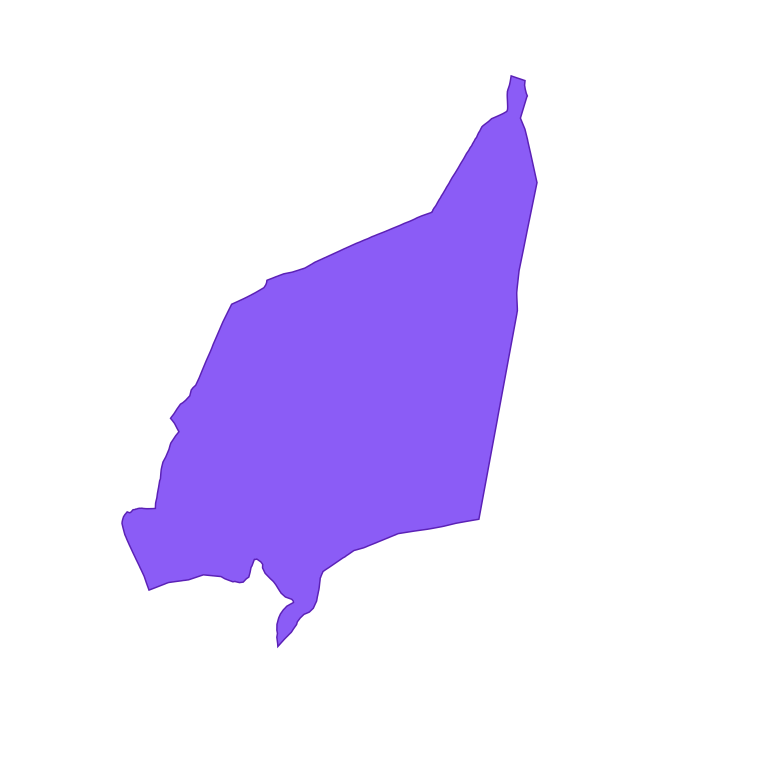 outline of Hulu Sungai Utara, Kalimantan Selatan, Indonesia, rotated 136°
{"feature_id": "22746128B21492383155838", "entity_name": "Hulu Sungai Utara", "entity_type": "district", "adm_level": 2, "iso_a3": "IDN", "parent_name": "Indonesia", "parent_adm1": "Kalimantan Selatan", "projection": "robinson", "projection_center": [115.192, -2.43], "detail": "fine", "context": "isolated", "style": "filled", "palette": "violet", "viewbox_px": 768, "rotation_deg": 136, "n_neighbors": 0, "source": "geoboundaries", "source_scale": "gbopen_adm2", "svg_char_len": 5400}
<svg xmlns="http://www.w3.org/2000/svg" viewBox="0 0 768 768"><g transform="rotate(136 384 384)"><path d="M642.7,268.9L633.2,269.6L626.0,269.8L625.5,269.8L623.3,269.8L622.2,270.0L619.3,270.7L614.0,271.7L611.6,273.1L611.0,273.2L606.7,273.9L606.1,273.9L605.5,273.9L604.8,273.9L601.8,273.9L601.6,273.9L601.0,273.7L600.5,273.5L599.9,273.2L599.5,273.1L598.0,272.5L596.1,271.8L592.9,271.8L590.6,271.8L589.1,272.4L586.1,273.6L583.4,274.6L582.1,275.5L579.8,277.2L578.1,278.3L577.1,279.0L574.8,280.6L574.7,280.7L574.1,281.0L572.4,282.3L570.8,283.6L569.6,284.6L568.4,285.6L566.9,286.8L566.4,287.2L565.6,287.9L564.7,288.7L564.0,288.9L562.6,289.6L560.3,290.6L558.5,291.3L558.4,291.4L558.1,291.5L557.7,291.4L554.4,290.9L551.4,290.3L545.5,289.3L534.7,287.5L533.9,287.3L532.1,286.8L530.2,286.6L529.9,286.6L529.6,286.5L529.4,286.5L529.2,286.4L525.7,285.8L525.2,285.8L525.0,285.7L521.3,285.1L519.1,283.9L516.3,282.4L512.4,280.3L509.2,279.0L508.8,278.9L498.9,274.9L495.9,273.7L477.7,266.5L464.7,257.4L453.7,249.4L451.1,247.6L442.2,241.7L441.9,241.5L439.7,240.1L432.0,235.6L429.1,233.9L420.7,228.3L416.9,225.7L415.7,224.9L409.7,220.8L392.2,233.3L379.3,242.5L361.8,255.0L327.3,279.6L325.0,281.3L240.1,341.9L238.0,343.5L237.2,344.0L236.3,345.0L235.8,345.5L228.3,354.0L225.2,357.4L221.5,360.6L208.1,371.7L190.3,383.9L181.2,390.2L177.0,393.1L175.3,394.3L134.0,422.6L133.5,423.5L117.9,448.8L116.9,450.5L116.7,450.8L112.1,458.4L110.6,460.7L110.5,461.0L110.4,461.1L105.6,469.4L103.5,474.7L101.2,480.5L82.0,491.2L80.8,491.6L79.9,493.8L79.7,494.3L77.5,498.1L75.7,500.7L75.4,501.2L72.0,504.1L71.8,504.3L72.6,505.8L73.1,506.9L73.3,507.1L73.6,507.8L75.7,511.8L78.5,517.3L83.2,513.8L83.4,513.7L83.9,513.3L84.1,513.2L86.2,511.8L90.9,509.4L90.7,509.4L91.9,508.8L94.5,506.4L95.5,505.3L95.9,504.9L98.7,501.7L100.4,499.8L102.3,497.7L103.0,497.0L103.6,496.4L104.3,495.8L104.5,495.7L104.8,495.4L106.4,494.8L110.4,495.8L113.7,496.9L117.0,498.1L120.5,499.4L122.3,500.1L126.3,500.2L131.4,500.8L133.4,501.0L135.0,501.0L135.7,500.7L136.5,500.5L139.2,499.5L141.4,499.0L143.8,498.1L146.1,497.1L148.0,496.9L150.3,496.1L153.3,495.3L155.4,494.5L158.0,494.1L160.7,493.2L164.4,492.5L170.2,490.7L175.7,489.3L180.4,487.9L186.5,486.3L190.0,485.5L191.7,485.1L195.4,484.0L197.8,483.2L202.3,482.1L204.8,481.3L206.0,481.0L209.5,480.0L212.2,479.4L213.8,478.8L216.2,478.3L219.2,477.4L222.7,476.3L225.7,475.8L226.3,475.7L227.1,475.4L227.9,475.1L228.0,475.2L228.3,475.0L229.4,474.5L229.7,474.4L229.9,474.3L230.2,474.6L230.9,474.5L235.4,476.6L240.0,478.7L244.8,480.6L247.5,481.4L251.2,482.7L252.8,483.3L258.0,485.5L262.3,487.0L269.5,489.9L279.0,493.6L284.7,496.0L288.0,497.3L290.3,498.3L292.4,499.0L294.5,499.7L298.3,501.3L303.4,503.2L304.3,503.6L306.2,504.4L318.7,508.9L322.2,510.1L322.6,510.2L327.7,512.0L349.1,519.6L355.1,521.0L360.5,522.4L372.3,528.2L379.6,532.9L387.9,536.5L388.0,536.5L390.4,537.5L390.7,537.6L395.8,539.8L396.2,539.9L396.6,539.6L397.7,538.7L397.9,538.6L398.0,538.5L400.0,537.5L402.1,537.0L403.5,536.7L408.5,537.9L413.7,539.2L422.2,541.7L425.9,542.9L433.1,545.4L437.9,547.1L438.2,547.2L440.7,546.3L445.8,544.5L456.7,540.6L471.5,534.4L479.5,531.1L482.2,529.8L482.4,529.7L486.3,528.0L495.5,524.3L498.3,523.1L505.0,520.2L512.7,516.8L520.3,513.9L523.8,514.0L526.8,513.6L528.4,512.6L530.0,511.6L531.9,510.4L536.1,510.2L537.0,510.1L538.5,510.1L541.7,510.3L544.4,510.9L550.3,509.8L555.7,508.5L559.7,507.9L561.4,507.6L561.6,505.0L562.0,501.5L562.4,500.0L563.1,497.7L563.7,495.7L564.7,492.1L569.7,491.5L575.6,490.2L578.4,489.6L581.0,488.2L584.0,486.4L587.0,485.1L590.8,483.5L591.5,483.2L597.2,481.4L601.5,478.7L603.7,477.2L606.4,474.9L610.7,471.1L612.5,470.3L614.5,468.8L616.4,467.4L618.0,466.2L620.3,464.6L621.8,463.5L622.7,462.9L626.5,459.9L629.2,458.2L631.0,457.0L632.4,455.7L634.9,453.3L637.1,455.2L641.0,458.8L641.5,459.3L643.7,461.8L644.4,462.8L645.8,464.0L646.1,464.4L647.4,465.3L648.7,465.9L649.1,466.1L649.5,466.5L650.0,466.5L651.9,467.9L653.2,467.8L654.2,467.7L655.6,467.7L656.3,468.1L656.5,468.2L657.0,469.2L657.6,470.4L659.3,470.2L660.0,470.1L660.7,470.1L661.3,470.0L663.4,469.5L663.5,469.5L664.6,468.9L665.0,468.7L666.4,467.9L667.0,467.5L667.6,467.1L668.3,466.6L669.4,465.6L671.6,461.9L674.0,457.6L675.0,455.8L675.1,455.6L676.0,453.1L676.9,450.9L679.3,444.3L679.3,444.2L681.7,437.3L683.6,431.6L684.0,430.5L684.8,428.0L686.4,423.1L687.0,421.5L687.1,421.2L687.6,419.6L688.1,418.1L690.1,412.3L693.2,405.7L696.2,399.0L695.3,398.6L688.9,395.9L680.3,392.3L679.2,391.9L676.8,390.8L671.3,386.8L667.0,383.6L664.6,381.9L663.5,381.0L661.8,379.8L660.6,378.9L646.5,372.2L635.0,358.7L633.8,354.5L632.3,351.3L630.1,346.7L628.3,345.5L628.3,345.3L625.9,341.5L622.9,339.3L618.3,339.5L615.4,339.0L611.1,341.6L607.1,344.4L605.3,344.9L599.1,347.9L598.9,347.8L598.7,347.4L598.5,347.2L598.0,346.9L597.5,346.6L597.1,346.4L596.2,341.9L596.2,341.4L596.4,339.6L596.6,338.5L599.1,336.1L601.0,330.4L601.0,328.8L601.0,326.1L601.0,323.5L601.0,323.4L600.9,321.2L600.8,319.8L600.8,318.4L600.9,317.7L601.0,316.7L601.1,316.1L601.2,315.1L601.7,312.7L602.0,311.4L602.9,307.1L603.0,306.2L603.2,305.6L603.3,305.1L603.1,302.2L602.9,299.3L599.9,293.2L600.0,291.1L600.5,290.2L600.9,289.7L602.0,290.0L603.8,290.5L604.5,290.7L604.9,290.8L608.4,291.7L609.6,291.6L611.6,291.5L613.1,291.5L618.3,290.5L622.2,288.9L624.1,287.8L626.2,286.5L627.9,285.5L632.2,281.2L632.3,281.0L633.9,278.6L637.0,276.3L640.7,271.3L642.7,268.9Z" fill="#8b5cf6" stroke="#5b21b6" stroke-width="1.5"/></g></svg>